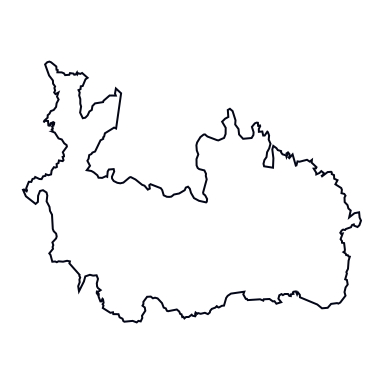 the district of Xicotlán, Puebla, Mexico
{"feature_id": "50627088B38416403293523", "entity_name": "Xicotlán", "entity_type": "district", "adm_level": 2, "iso_a3": "MEX", "parent_name": "Mexico", "parent_adm1": "Puebla", "projection": "robinson", "projection_center": [-98.627, 18.113], "detail": "fine", "context": "isolated", "style": "outline", "palette": "ink", "viewbox_px": 384, "rotation_deg": 0, "n_neighbors": 0, "source": "geoboundaries", "source_scale": "gbopen_adm2", "svg_char_len": 5890}
<svg xmlns="http://www.w3.org/2000/svg" viewBox="0 0 384 384"><path d="M340.3,302.5L345.5,295.7L344.5,292.1L345.6,287.4L347.7,284.5L346.9,280.0L345.2,279.3L346.9,273.5L346.4,272.1L348.0,268.8L348.6,260.6L349.8,256.7L348.5,256.4L347.8,255.2L346.2,255.1L345.7,253.6L343.5,252.1L344.7,251.3L344.9,249.6L344.1,243.1L342.0,242.7L342.0,241.1L340.6,239.2L342.7,233.5L341.0,233.8L340.3,232.8L341.6,230.6L343.1,229.6L345.0,230.0L345.9,229.0L351.0,227.2L352.0,225.1L353.8,224.4L354.2,225.7L357.5,227.0L359.4,225.2L361.0,220.6L359.6,217.6L359.1,212.3L354.5,213.2L349.2,217.4L350.7,210.5L348.4,208.5L347.5,205.1L344.7,202.1L344.5,197.6L345.5,195.7L344.3,193.9L341.5,193.2L341.9,189.8L341.2,188.0L335.4,184.3L337.5,180.2L334.2,178.7L334.0,175.1L331.8,174.1L331.7,172.3L331.1,171.8L327.6,172.1L322.1,176.3L321.8,175.8L323.2,174.8L323.7,173.0L321.3,171.1L319.4,173.0L316.3,174.4L316.2,172.7L313.7,168.6L316.0,168.3L316.5,167.2L311.6,162.6L311.9,159.9L309.7,161.6L307.0,159.8L299.6,161.7L297.5,161.4L296.4,165.4L295.8,165.6L292.6,154.4L289.3,158.1L288.7,157.4L289.6,156.6L289.5,154.2L288.0,152.4L286.7,153.3L287.5,154.0L286.5,156.8L286.1,155.4L282.5,154.3L281.1,152.4L281.1,151.1L277.8,150.1L276.4,148.1L273.3,145.9L272.3,149.5L273.4,158.2L273.0,167.7L264.1,166.3L263.5,163.8L264.4,160.1L266.5,157.1L267.1,152.2L269.2,148.4L270.5,143.7L268.7,139.6L269.1,135.5L267.9,132.2L267.3,131.7L264.7,135.5L263.2,135.5L262.3,131.5L258.9,131.8L258.8,129.0L260.2,126.1L259.9,125.5L259.0,126.2L258.1,125.9L257.9,122.8L256.7,122.6L254.8,123.4L251.9,126.9L253.6,132.2L253.4,135.0L251.6,138.0L243.1,138.8L239.1,134.5L238.5,129.0L235.2,124.5L235.5,120.3L232.6,111.1L229.9,108.8L227.8,110.0L228.3,117.0L225.1,118.7L222.1,121.7L225.7,127.8L225.6,134.0L224.1,137.9L218.4,140.4L216.9,140.1L207.4,136.5L204.9,134.4L203.6,134.6L200.4,137.1L197.1,142.5L196.4,145.3L196.8,150.5L198.3,154.4L196.5,159.1L196.6,165.4L197.7,168.0L199.2,169.1L204.4,170.4L206.0,173.8L205.8,175.9L206.7,179.3L203.1,192.5L203.4,193.9L205.2,195.4L207.1,199.0L206.8,201.7L206.1,202.4L199.0,200.8L194.0,198.1L191.0,192.9L189.8,188.7L188.0,186.7L185.8,187.6L184.7,190.2L179.1,193.5L174.0,194.5L171.4,196.6L169.5,196.9L166.9,196.8L163.7,195.3L162.2,190.1L160.8,188.2L150.5,184.2L149.3,185.2L149.8,188.6L147.8,189.6L144.5,185.7L142.1,184.8L135.5,179.5L130.8,177.1L129.6,177.4L123.4,182.6L120.3,183.3L117.3,182.8L113.7,181.0L112.1,178.6L111.9,176.8L114.2,171.5L113.7,169.1L108.9,169.5L107.7,171.5L107.2,176.8L105.9,176.2L102.2,177.9L98.5,177.7L97.4,175.3L93.7,172.3L91.4,171.0L86.8,170.2L90.0,165.8L87.4,160.8L88.6,158.7L89.2,155.1L91.3,154.1L92.4,152.6L95.1,151.5L100.5,140.3L103.2,138.9L103.2,137.3L104.1,136.6L104.9,133.3L114.1,127.6L116.1,128.5L121.1,93.3L115.9,88.5L115.0,93.5L115.8,95.6L109.6,95.5L103.5,100.8L103.1,102.1L95.0,103.4L92.4,106.1L91.8,109.9L89.4,111.5L87.6,115.4L85.3,117.7L82.8,118.2L80.1,112.6L81.1,106.5L80.3,103.8L80.3,99.0L79.2,95.5L79.7,92.5L78.5,90.1L80.5,89.2L80.8,86.3L82.7,86.0L85.5,79.3L87.6,77.8L82.1,73.0L80.3,73.9L78.2,73.2L77.5,74.2L77.0,72.5L75.7,74.5L74.2,74.7L73.5,73.6L70.0,73.1L69.3,74.8L65.1,75.1L63.9,73.3L61.7,72.4L57.4,72.3L57.7,70.1L56.5,69.7L56.3,66.5L51.1,62.3L49.4,61.6L47.3,62.2L45.1,64.4L49.1,75.5L52.9,80.5L53.1,83.7L55.1,86.5L54.4,88.0L55.1,90.5L54.2,92.5L55.5,94.1L58.4,92.5L57.0,96.6L58.6,99.5L56.6,103.3L56.1,106.9L53.7,110.0L50.8,111.1L49.4,113.8L47.7,115.2L47.6,117.7L44.3,120.7L43.7,122.4L45.0,120.8L48.0,121.0L48.4,125.4L49.1,125.7L50.0,125.6L50.5,123.5L53.2,122.1L54.2,122.7L54.0,124.2L52.0,123.6L53.2,125.8L52.1,126.4L52.8,128.3L51.9,129.4L52.5,129.8L52.6,131.2L51.8,131.4L54.8,132.6L58.5,138.4L61.8,139.5L64.2,143.3L66.6,145.1L66.9,146.6L62.8,152.2L63.9,154.9L64.0,156.4L62.6,156.9L63.5,160.1L62.7,161.1L58.9,160.5L58.5,163.0L56.6,164.0L56.9,166.9L55.5,167.6L53.9,167.2L51.6,170.6L51.1,174.4L48.4,175.2L45.8,174.3L45.4,175.9L43.1,176.3L41.6,179.1L39.4,179.0L35.2,177.0L34.5,178.4L32.5,179.0L31.3,181.9L28.8,181.8L26.2,188.4L27.0,190.4L26.6,191.3L24.0,189.5L23.0,189.8L25.9,196.3L35.6,203.9L37.9,201.9L38.1,195.8L40.0,191.0L43.0,190.2L46.5,192.5L47.3,195.5L46.6,201.4L49.5,206.9L50.0,210.9L52.0,214.7L52.8,229.0L53.7,231.2L56.1,233.6L56.7,236.4L56.1,238.4L52.4,242.4L53.3,245.1L52.6,247.0L53.0,248.8L49.3,253.4L50.5,254.9L52.3,261.7L55.2,261.5L56.8,262.2L58.5,261.3L63.0,261.7L67.1,260.8L69.9,261.4L69.4,263.4L79.6,274.9L79.3,275.8L80.2,277.5L79.4,279.6L79.7,282.2L78.2,286.2L79.0,291.3L83.9,281.5L85.3,276.4L89.9,274.8L93.1,275.6L96.6,275.3L98.0,278.9L96.8,283.3L97.1,286.5L97.9,288.0L100.6,290.1L98.3,291.7L96.9,291.5L96.7,293.0L97.7,294.5L98.3,293.5L98.8,294.0L98.6,296.7L100.4,301.4L101.3,301.4L102.5,298.8L103.0,299.3L103.6,302.8L102.6,304.2L103.5,305.5L102.8,308.0L110.4,312.8L113.0,312.3L113.3,314.1L118.5,314.2L119.6,317.3L122.5,318.7L123.4,321.1L124.4,321.7L132.7,320.9L136.7,322.4L138.4,320.9L140.7,321.4L142.3,318.0L142.0,315.8L145.3,310.8L144.8,307.5L142.5,305.7L143.4,304.1L143.4,301.8L147.1,296.8L150.8,296.6L152.9,298.3L155.0,297.7L157.6,298.4L162.0,303.1L163.7,307.6L165.8,308.4L166.9,310.8L168.1,311.2L176.8,309.5L179.2,311.5L180.2,313.9L181.5,314.3L182.3,317.1L183.4,316.8L184.4,318.4L186.1,317.0L188.7,317.0L191.7,314.7L192.5,315.7L195.2,316.3L195.8,315.3L195.1,314.1L195.6,312.5L197.3,313.8L198.1,313.1L200.7,313.8L204.9,312.8L207.9,314.1L209.8,312.5L210.2,310.8L211.8,308.9L215.3,307.6L217.3,305.6L216.9,306.8L218.8,307.5L221.9,305.8L224.0,305.6L226.2,297.9L227.7,295.8L231.0,293.6L244.3,291.7L243.3,294.4L245.8,298.9L246.9,298.9L247.7,300.1L260.1,299.3L263.3,300.6L263.7,299.3L269.5,299.0L272.9,301.4L274.5,301.2L276.4,303.7L281.2,302.2L278.4,298.7L279.3,295.3L281.5,294.1L282.9,295.1L284.7,294.0L288.0,294.0L289.3,295.9L290.8,296.1L290.8,294.4L293.4,293.9L292.9,292.5L293.4,291.8L295.9,291.4L297.1,294.4L297.9,292.4L299.8,294.8L300.0,297.3L317.3,304.5L322.0,308.3L327.7,307.8L331.1,303.9L337.1,303.1L338.4,303.6L340.3,302.5Z" fill="none" stroke="#020617" stroke-width="2"/></svg>